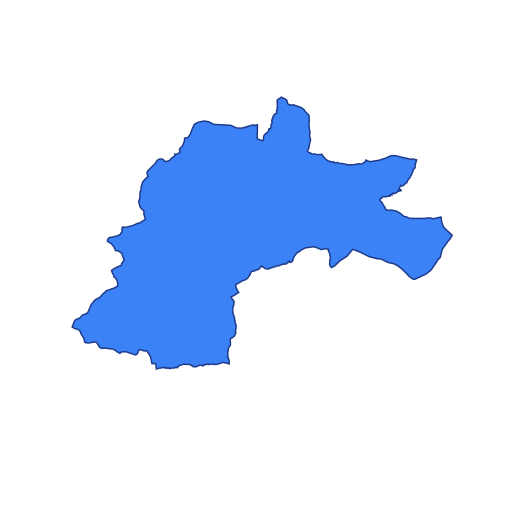 Iacobeni, Sibiu, Romania (Mercator projection), rotated 313°
{"feature_id": "2599482B5039052337830", "entity_name": "Iacobeni", "entity_type": "district", "adm_level": 2, "iso_a3": "ROU", "parent_name": "Romania", "parent_adm1": "Sibiu", "projection": "mercator", "projection_center": [24.761, 46.032], "detail": "fine", "context": "isolated", "style": "filled", "palette": "blue", "viewbox_px": 512, "rotation_deg": 313, "n_neighbors": 0, "source": "geoboundaries", "source_scale": "gbopen_adm2", "svg_char_len": 6141}
<svg xmlns="http://www.w3.org/2000/svg" viewBox="0 0 512 512"><g transform="rotate(313 256 256)"><path d="M347.2,388.0L358.6,392.6L364.1,393.5L365.7,393.5L376.4,391.9L377.6,391.4L378.4,391.8L380.9,391.6L387.6,387.8L398.2,386.3L400.9,386.3L405.0,385.3L404.9,378.4L405.1,373.3L407.6,368.4L410.4,365.2L410.6,364.6L404.2,360.4L403.3,358.5L401.6,356.2L399.4,354.6L392.5,347.3L388.6,343.0L388.0,341.9L387.3,339.6L385.8,337.2L385.6,332.2L384.7,328.4L382.3,324.2L379.4,321.2L378.5,319.2L379.6,316.8L380.2,313.8L381.1,311.8L381.0,309.9L381.4,308.4L383.8,308.0L384.5,308.6L385.3,308.3L386.3,308.7L387.7,310.4L388.9,311.3L390.2,311.4L390.3,312.3L391.0,313.1L391.6,313.1L391.9,312.6L392.6,312.4L393.3,313.9L394.4,313.2L395.3,313.2L395.7,313.5L395.7,314.5L398.1,315.5L400.5,316.0L402.8,317.5L403.3,316.5L401.5,315.2L406.3,313.6L406.6,314.7L407.3,315.5L411.9,315.9L412.4,316.3L415.0,315.3L418.9,315.1L420.6,314.2L421.5,314.4L422.8,313.7L424.1,313.4L426.4,312.1L429.2,312.2L430.1,310.9L435.8,307.9L434.1,304.8L431.6,302.4L430.8,300.5L427.5,295.1L425.4,291.1L423.9,288.9L421.9,286.7L419.8,285.6L415.8,284.0L412.2,281.8L410.2,281.1L409.9,280.6L403.2,275.5L401.7,273.0L401.3,271.0L399.2,271.6L395.4,270.7L393.3,268.0L389.3,265.2L385.5,261.2L385.1,260.2L384.4,260.1L383.9,258.3L382.4,255.9L380.2,253.4L380.2,252.1L378.7,250.9L377.8,249.5L377.7,248.5L377.3,248.6L374.6,243.7L374.4,239.3L374.7,236.7L375.4,235.0L371.6,231.4L370.4,228.9L368.7,227.5L368.4,225.3L367.5,223.0L367.5,222.1L371.3,220.9L374.3,218.8L378.4,216.5L380.4,213.2L383.3,211.2L384.5,209.4L387.7,205.6L391.9,202.2L393.1,200.7L394.3,199.7L395.1,198.4L395.1,194.5L395.8,190.8L395.4,187.7L392.0,180.1L390.8,179.4L389.0,176.4L389.0,175.5L389.4,174.7L390.3,173.1L390.8,172.7L390.9,171.4L390.8,170.2L389.7,167.2L389.6,166.2L387.5,166.0L385.8,165.2L384.3,165.3L383.0,166.4L382.6,167.4L381.0,168.5L379.5,170.2L378.8,170.3L378.8,170.8L378.4,171.3L376.5,171.7L375.3,173.3L374.6,173.8L373.1,173.0L370.4,173.1L366.3,174.9L365.3,175.7L364.2,177.2L362.4,177.4L360.7,178.8L359.0,179.7L358.3,179.7L358.0,178.8L355.7,179.9L353.5,180.0L351.7,179.5L349.8,179.6L348.1,180.4L346.3,182.1L345.0,182.5L342.5,177.0L352.9,167.6L351.2,166.3L350.8,166.4L350.7,165.7L350.2,165.4L349.7,164.3L349.1,163.9L340.0,158.6L337.0,155.3L335.9,153.5L335.3,151.0L334.1,148.1L323.5,135.4L322.0,130.1L319.6,126.3L317.6,124.7L314.5,122.6L310.6,121.1L306.1,122.4L300.5,124.8L296.6,125.4L296.2,125.4L293.5,123.4L291.0,125.4L287.9,126.5L287.2,127.0L282.3,127.1L281.2,127.8L280.4,129.6L279.6,129.7L275.8,128.3L275.3,127.2L274.3,128.0L273.0,128.2L270.4,127.6L267.6,127.6L265.3,126.9L263.3,125.2L263.0,124.0L263.3,122.1L262.7,120.9L260.7,119.1L258.5,118.5L254.7,119.2L245.6,118.8L243.0,119.1L242.0,120.0L240.5,122.9L237.5,122.5L233.0,122.6L228.0,125.0L226.1,126.9L224.1,127.3L219.0,131.7L216.6,132.6L215.1,133.9L214.6,135.1L213.0,137.3L212.5,139.6L212.4,143.6L210.3,145.2L207.5,150.1L200.8,148.4L199.3,147.2L194.2,145.1L188.1,141.2L186.1,138.6L184.4,139.5L182.4,141.5L180.3,141.6L179.0,142.0L175.5,140.5L173.4,138.9L172.3,138.5L169.6,136.2L168.2,136.1L166.5,136.5L165.6,137.1L165.5,137.5L166.0,140.3L166.4,141.2L165.7,146.2L164.3,149.3L164.3,149.9L165.6,151.4L166.0,152.7L166.3,156.0L165.4,158.0L163.7,161.0L163.5,161.8L162.7,162.4L159.1,162.8L158.0,163.3L157.5,163.9L157.0,163.9L154.9,162.6L150.0,160.9L147.0,160.1L145.4,163.0L145.3,163.9L144.9,165.0L143.8,166.3L144.1,168.5L143.1,171.5L140.8,174.5L140.1,175.0L138.0,174.9L135.8,174.1L128.7,170.3L123.4,169.9L119.4,170.0L114.1,168.2L108.3,168.6L99.7,171.6L96.9,170.7L95.0,169.5L90.7,169.4L86.2,167.5L84.6,167.6L78.7,170.0L79.4,173.1L81.0,175.9L81.1,177.9L80.8,179.2L79.9,180.7L78.2,186.7L76.4,189.1L76.2,190.1L78.0,192.7L83.7,197.2L83.9,197.8L83.9,199.4L82.9,202.5L82.6,204.0L83.1,206.0L85.6,208.2L86.9,210.3L90.2,214.6L91.0,217.0L91.2,220.0L92.0,222.8L94.0,223.0L97.2,226.0L101.4,235.2L102.6,235.8L104.5,235.7L107.0,234.6L108.0,234.5L108.8,236.0L109.2,236.2L110.2,239.1L112.1,240.3L112.2,240.8L110.7,246.7L109.4,249.1L108.6,250.0L106.3,253.5L107.4,254.3L108.9,256.1L105.4,260.2L108.5,262.1L109.3,263.0L110.5,263.4L111.7,265.1L112.1,265.1L112.0,266.0L112.9,266.5L113.4,267.7L114.2,267.7L114.4,268.2L114.1,268.6L115.4,269.8L115.4,270.2L116.8,270.9L118.1,272.5L119.2,272.8L120.5,274.0L120.5,274.6L121.0,274.7L121.3,274.3L124.1,274.9L127.4,276.8L129.1,278.6L129.2,279.1L131.4,281.1L131.5,282.3L132.0,282.7L132.0,284.1L132.4,284.6L132.1,285.5L132.9,286.4L133.8,286.9L134.1,287.9L135.1,288.0L138.6,289.9L139.2,291.1L139.0,291.7L139.6,292.2L140.6,292.5L140.9,292.3L141.9,293.0L142.4,292.9L142.7,293.6L144.1,294.7L144.6,295.8L146.1,296.5L147.1,297.6L147.1,298.2L148.6,299.5L149.2,300.6L152.2,302.6L155.2,304.0L156.4,305.6L158.9,310.0L160.9,308.0L161.9,306.5L162.0,305.5L162.7,305.2L162.7,303.9L164.1,303.5L165.1,302.0L167.1,300.6L167.2,300.2L168.6,299.8L169.5,298.7L173.1,298.1L174.0,297.6L176.7,294.7L178.4,293.6L179.9,294.4L182.5,294.8L185.2,294.0L186.5,293.3L187.1,292.0L189.3,290.8L191.0,289.4L192.2,288.2L193.0,286.1L194.3,284.9L194.7,283.7L195.5,283.2L196.7,281.6L198.7,277.7L200.3,276.2L200.9,275.2L205.6,272.7L207.7,271.1L208.1,269.9L208.3,268.0L208.6,267.3L208.5,266.4L209.1,265.7L211.9,266.8L217.6,268.1L217.5,267.6L217.9,266.4L220.0,261.7L220.9,261.1L222.4,260.9L223.1,261.4L229.3,263.1L230.3,264.0L233.7,265.0L238.3,264.4L240.3,263.3L241.8,263.5L243.3,264.6L248.6,267.2L252.3,266.7L252.7,267.2L252.5,268.5L253.0,269.7L253.1,271.3L253.5,272.3L255.0,273.9L258.6,275.6L261.2,277.3L262.2,277.5L263.7,278.5L264.1,279.2L264.8,279.6L266.6,280.1L268.0,281.3L269.1,281.6L269.1,281.9L270.9,283.6L272.0,283.5L273.0,283.9L274.0,283.4L274.2,283.9L274.8,283.9L274.5,285.2L274.7,285.5L276.9,286.3L281.3,284.3L286.2,283.8L288.0,284.5L291.4,285.0L295.6,286.6L301.6,291.4L302.5,292.5L304.3,296.6L305.1,299.3L308.7,301.8L310.3,304.0L308.9,305.9L308.1,308.2L306.5,310.1L305.6,311.8L303.4,312.7L300.1,315.6L299.4,316.7L298.9,319.0L302.1,320.2L309.9,320.7L318.0,322.7L326.9,322.2L329.9,329.7L332.8,339.5L337.1,347.2L338.9,349.1L341.4,357.2L344.1,361.6L344.6,362.8L345.6,366.9L346.0,372.0L345.9,377.0L345.5,382.3L346.2,386.7L346.6,386.9L347.2,388.0Z" fill="#3b82f6" stroke="#1e3a8a" stroke-width="1.5"/></g></svg>